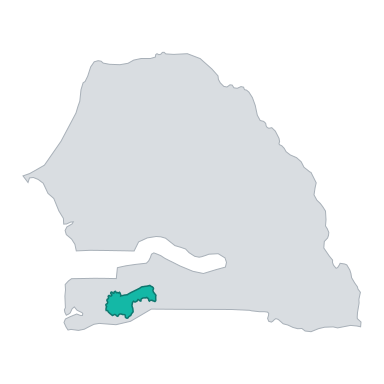 Sedhiou, Sédhiou, Senegal shown in context
{"feature_id": "50182788B34006486463131", "entity_name": "Sedhiou", "entity_type": "district", "adm_level": 2, "iso_a3": "SEN", "parent_name": "Senegal", "parent_adm1": "Sédhiou", "projection": "natural_earth1", "projection_center": [-15.59, 12.794], "detail": "fine", "context": "in_parent", "style": "filled", "palette": "teal", "viewbox_px": 384, "rotation_deg": 0, "n_neighbors": 0, "source": "geoboundaries", "source_scale": "gbopen_adm2", "svg_char_len": 7932}
<svg xmlns="http://www.w3.org/2000/svg" viewBox="0 0 384 384"><path d="M311.0,172.4L316.2,182.8L315.1,187.7L314.0,194.9L316.9,200.2L320.4,203.6L322.8,206.8L325.5,211.1L326.0,219.8L325.5,226.0L327.3,228.8L328.8,232.4L328.5,235.4L327.6,238.0L324.3,241.5L323.8,248.0L329.1,255.8L332.6,260.1L332.5,262.5L333.5,265.2L336.1,268.3L337.6,267.6L339.3,265.0L340.1,263.3L344.7,264.0L346.8,264.9L349.8,270.0L350.9,273.4L351.6,277.7L354.7,283.0L357.4,286.8L358.0,289.1L360.4,292.3L358.9,299.4L359.1,303.0L357.5,312.5L357.2,317.0L357.3,318.6L361.0,322.0L360.6,326.8L356.9,326.0L350.5,325.4L337.6,327.9L333.2,326.9L324.7,327.2L318.7,328.6L311.0,331.7L305.1,331.0L301.9,328.5L297.7,328.7L292.9,327.4L287.8,325.0L283.2,323.8L278.2,319.4L275.8,318.6L274.2,319.8L272.8,321.2L271.4,322.1L268.7,321.3L267.6,318.4L268.5,315.5L268.7,313.3L267.5,312.1L264.4,311.7L259.5,311.7L251.5,310.8L249.7,310.3L231.9,309.5L213.5,309.4L197.9,309.4L178.1,309.3L164.3,309.2L151.3,309.1L141.3,315.0L130.5,321.3L116.0,324.7L99.2,323.4L93.9,324.3L88.3,327.1L84.3,329.2L78.5,330.4L71.0,329.4L68.0,330.0L66.1,327.1L64.0,322.5L65.4,319.0L69.9,316.8L76.7,314.0L80.3,315.4L82.4,315.5L82.8,313.7L82.1,312.7L77.0,310.2L74.3,306.9L72.1,308.8L70.2,312.9L68.6,314.1L66.3,315.2L64.9,312.4L64.4,309.8L65.4,307.7L64.9,296.1L65.5,289.9L65.2,284.5L68.5,280.9L71.5,278.7L83.5,278.5L94.6,278.3L105.3,278.4L116.3,278.6L117.4,267.7L120.8,266.9L126.0,265.8L135.6,264.4L146.4,263.2L148.6,261.0L150.4,257.5L151.5,254.2L153.8,252.9L156.8,254.0L160.7,255.6L164.8,258.3L169.5,260.7L172.6,262.2L180.1,266.0L192.9,271.3L203.4,273.5L216.2,269.6L225.4,267.1L226.5,262.4L225.0,257.9L218.2,253.7L208.9,254.2L206.0,255.3L201.7,256.7L199.1,257.2L194.7,256.3L189.1,252.7L185.6,249.0L180.7,247.3L174.9,245.6L165.6,238.2L160.7,236.8L156.1,236.5L147.3,237.9L138.6,241.9L134.1,251.0L125.4,250.8L107.1,250.5L90.2,250.3L76.3,250.9L74.9,244.3L71.6,239.1L66.3,234.6L65.1,230.5L66.9,226.9L72.1,223.9L73.3,221.8L70.6,222.1L66.5,224.0L63.7,224.1L63.4,218.4L58.9,211.0L53.8,198.5L48.0,193.4L43.2,183.2L38.1,179.4L33.4,177.5L29.5,177.9L28.0,182.5L23.0,175.9L29.8,173.5L44.4,165.2L61.0,141.3L76.0,113.0L78.0,106.3L79.8,101.2L81.0,89.7L83.1,82.8L85.1,81.5L87.7,76.2L90.7,66.9L94.2,61.8L98.1,60.7L101.1,61.2L103.2,63.1L109.5,64.3L119.9,64.7L128.0,63.3L133.7,60.1L141.2,58.5L150.4,58.5L155.3,57.1L155.8,54.5L157.0,53.7L158.9,54.7L160.7,54.3L162.4,52.4L164.1,52.3L165.8,53.9L173.6,54.4L187.4,53.7L200.2,58.6L211.9,69.0L218.0,75.9L218.4,79.4L220.3,82.9L223.8,86.4L227.0,87.0L230.0,84.8L232.2,85.1L233.9,87.8L237.2,88.3L241.0,86.6L243.6,87.2L244.1,88.8L244.7,89.7L246.5,90.1L248.9,92.1L252.4,97.6L255.2,105.3L257.3,115.2L260.2,120.5L263.7,121.4L265.7,123.4L266.1,125.8L267.1,127.4L268.8,128.3L271.8,127.7L275.3,131.1L279.0,138.3L279.6,141.6L279.0,143.3L279.3,144.6L281.8,145.8L284.1,148.2L286.1,151.7L290.2,154.9L296.6,157.7L301.2,161.8L304.0,167.3L309.8,171.9L311.0,172.4Z" fill="#d9dde1" stroke="#a8b0b8" stroke-width="1"/><path d="M106.2,310.5L106.5,310.5L106.9,310.5L107.2,310.5L107.7,310.9L108.0,311.2L108.0,311.3L108.4,312.1L108.7,312.4L108.9,312.6L109.4,313.0L109.6,313.2L109.9,313.5L110.4,313.9L111.1,314.4L111.3,314.6L112.3,315.4L112.5,315.5L113.5,315.0L113.9,314.8L114.1,314.7L114.6,314.5L114.9,314.5L115.6,314.8L115.9,315.1L116.1,315.3L116.7,315.9L117.2,316.2L117.5,316.2L117.6,316.3L117.9,316.2L118.1,315.9L118.3,315.7L118.5,315.4L118.5,315.2L118.7,314.9L119.2,314.4L119.3,314.3L119.6,314.2L119.8,314.1L120.1,314.0L120.3,314.0L120.8,314.0L121.2,314.1L121.3,314.1L121.6,314.1L122.1,314.3L122.7,314.6L123.0,314.6L123.6,314.6L124.2,314.6L124.4,314.6L124.9,314.9L125.1,315.0L125.3,315.4L125.3,315.6L125.3,315.8L125.3,316.1L125.3,316.3L125.3,316.9L125.4,317.2L125.9,317.7L126.1,317.9L126.4,318.0L126.5,318.1L126.9,318.1L127.1,318.2L127.4,318.2L127.6,318.1L127.9,317.9L128.2,317.7L128.4,317.3L128.8,316.7L129.3,316.3L130.0,315.9L130.6,315.6L130.8,315.3L130.9,315.2L131.0,315.0L131.4,314.1L131.5,313.8L131.6,313.7L132.4,312.7L133.0,312.0L133.1,311.9L133.1,311.6L133.1,311.3L132.8,308.6L132.7,308.1L132.6,307.7L132.3,307.1L132.1,306.1L132.0,305.9L132.0,305.5L132.0,305.0L132.1,304.6L132.2,304.3L132.2,304.1L132.3,303.9L132.3,303.7L132.5,302.6L132.6,302.3L132.9,302.0L133.1,301.8L133.2,301.7L133.3,301.6L133.5,301.3L133.6,301.2L133.8,301.3L134.1,301.6L134.4,301.8L134.8,302.0L135.2,302.0L135.5,301.9L136.4,301.4L136.6,301.3L136.8,301.2L137.0,301.1L137.4,300.6L137.5,300.3L137.8,299.7L138.0,299.5L138.4,299.6L138.9,299.9L139.4,300.4L139.6,300.6L139.8,300.7L139.9,300.8L140.0,300.9L140.3,301.0L140.5,301.1L141.0,300.9L141.0,300.4L140.9,300.0L140.9,299.7L141.0,299.5L141.1,299.4L141.3,299.1L141.5,298.7L141.8,298.6L142.4,298.4L142.9,298.0L143.3,298.0L143.5,297.9L144.5,297.8L145.1,298.0L145.3,297.9L145.5,297.8L145.7,297.7L146.0,297.8L146.1,297.7L146.4,297.6L146.6,297.4L147.0,297.5L147.2,297.8L147.3,298.0L147.8,298.1L148.2,298.7L148.4,299.0L148.5,299.0L148.5,299.3L148.7,299.6L148.7,299.9L148.7,300.2L149.1,300.9L149.3,301.0L149.5,301.1L149.6,300.8L149.8,300.6L150.5,300.4L151.1,300.3L151.4,300.3L151.7,300.3L152.0,300.3L152.3,300.4L152.6,300.5L152.8,300.8L153.0,300.8L153.3,301.0L153.6,301.0L153.7,300.9L153.8,300.9L154.0,301.0L154.4,301.4L154.9,301.5L155.0,301.5L155.1,301.4L155.2,301.2L155.5,301.0L155.7,300.7L155.8,300.1L155.7,298.1L155.7,297.3L155.7,297.2L155.7,296.6L155.7,296.2L155.9,295.8L155.9,295.3L155.9,295.2L153.7,292.4L153.4,292.1L153.4,291.9L153.3,291.6L153.1,290.9L152.9,290.6L152.9,290.2L153.0,289.8L153.5,288.9L153.5,288.6L153.4,288.2L153.3,287.9L153.2,287.7L152.9,287.4L152.7,287.3L152.7,287.2L152.3,286.9L152.1,286.7L151.8,286.6L151.6,286.5L151.4,286.5L151.3,286.4L151.1,286.3L150.9,286.2L150.7,286.0L150.4,285.8L150.1,285.7L149.9,285.6L149.8,285.4L149.7,285.4L149.5,285.6L149.3,285.6L149.1,285.7L148.8,285.7L148.7,285.7L148.6,285.8L148.4,285.8L148.1,285.9L147.9,285.9L147.5,286.1L147.3,286.0L147.2,286.0L146.6,286.2L146.3,286.2L146.1,286.3L145.9,286.3L145.6,286.3L145.4,286.3L145.1,286.3L144.8,286.4L144.5,286.4L144.2,286.5L143.7,286.6L143.4,286.6L143.2,286.7L142.4,286.7L142.1,286.8L141.9,286.8L141.7,286.9L141.6,287.0L141.3,287.1L141.1,287.3L140.8,287.4L140.5,287.7L140.3,287.8L139.0,288.6L138.7,288.7L138.5,288.8L137.0,289.6L135.5,290.3L134.7,290.7L134.3,290.9L133.3,291.4L132.4,291.8L131.0,292.5L130.5,292.8L129.9,293.1L128.2,294.1L127.9,294.3L127.4,294.6L127.2,294.8L126.5,294.8L125.9,294.9L125.4,295.0L124.9,295.0L124.0,295.2L123.6,295.3L123.2,295.4L122.0,295.7L121.7,295.7L121.2,295.8L120.7,296.0L120.8,295.3L120.8,295.1L120.7,294.9L120.6,294.5L120.6,294.4L120.4,293.9L120.3,293.7L120.2,293.5L120.1,293.2L119.9,292.8L119.8,292.6L119.7,292.5L119.6,292.4L119.5,292.6L119.4,292.6L119.3,292.8L119.0,292.9L118.8,293.0L118.7,293.0L118.4,292.9L118.2,292.8L118.2,292.6L117.9,292.5L117.7,292.5L117.3,292.6L117.2,292.7L116.6,292.8L116.3,292.6L116.2,292.4L115.9,292.0L115.6,291.4L115.4,291.3L114.8,291.5L114.5,291.7L114.3,291.8L114.1,292.0L114.0,292.4L113.9,292.7L114.0,292.9L113.9,293.1L113.8,293.3L113.7,293.3L113.0,293.1L112.9,293.0L112.5,292.7L112.3,292.4L112.2,292.3L111.6,292.0L111.3,292.0L111.1,292.2L110.9,292.6L110.7,292.9L110.7,293.4L111.0,294.0L111.4,294.4L111.7,294.7L111.7,294.9L111.8,295.0L111.8,295.3L111.6,295.7L111.3,295.9L111.1,295.9L110.9,296.0L110.6,296.1L110.1,296.0L109.9,295.9L109.6,295.6L109.1,295.4L108.8,295.5L108.7,295.7L108.4,295.9L108.3,296.1L108.2,296.4L108.2,296.5L108.2,296.8L108.5,297.3L108.6,297.7L108.5,298.0L108.3,298.4L108.1,298.6L107.8,299.0L107.7,299.2L107.4,299.3L107.3,299.5L107.1,299.5L107.0,299.9L106.9,300.4L107.0,300.9L107.3,301.2L107.3,301.3L107.5,301.6L107.7,302.1L107.7,302.3L107.6,302.5L107.5,303.0L107.4,303.2L107.3,303.6L107.1,303.7L106.9,303.8L106.5,304.0L106.2,304.2L105.9,304.6L105.9,304.8L106.0,305.1L106.0,305.5L106.0,305.8L106.3,306.2L106.6,306.5L106.5,306.9L106.3,307.4L106.3,307.6L106.2,307.7L106.1,308.1L106.1,308.4L106.1,308.6L106.0,308.9L106.0,309.2L106.0,309.3L106.0,309.6L106.2,310.5Z" fill="#14b8a6" stroke="#0f766e" stroke-width="1.5"/></svg>